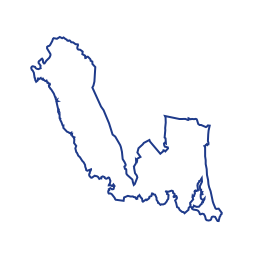 Western Area Urban, Western, Sierra Leone, rotated 187°
{"feature_id": "65957751B7442620669158", "entity_name": "Western Area Urban", "entity_type": "district", "adm_level": 2, "iso_a3": "SLE", "parent_name": "Sierra Leone", "parent_adm1": "Western", "projection": "equal_earth", "projection_center": [-13.216, 8.449], "detail": "fine", "context": "isolated", "style": "outline", "palette": "blue", "viewbox_px": 256, "rotation_deg": 187, "n_neighbors": 0, "source": "geoboundaries", "source_scale": "gbopen_adm2", "svg_char_len": 5649}
<svg xmlns="http://www.w3.org/2000/svg" viewBox="0 0 256 256"><g transform="rotate(187 128 128)"><path d="M222.3,177.4L222.0,176.7L224.1,175.5L226.0,175.7L227.0,176.3L227.7,177.3L230.0,177.7L231.0,177.1L231.4,175.8L230.6,174.1L229.6,173.4L228.2,171.4L226.8,166.4L226.3,166.1L225.9,164.3L224.8,162.7L223.6,163.9L223.4,165.5L222.9,165.1L222.3,165.6L222.4,166.1L221.8,166.0L220.7,167.0L220.4,166.5L219.0,166.0L218.8,166.1L219.0,166.5L218.6,166.6L218.5,165.8L218.0,165.9L217.8,165.5L217.5,165.6L215.7,164.5L214.7,164.6L214.5,164.9L213.5,163.1L212.9,163.3L212.6,162.8L211.1,162.5L210.8,161.8L211.0,161.1L211.7,160.7L211.4,159.3L210.3,158.3L210.0,157.7L209.0,157.0L205.8,153.1L203.9,149.4L203.4,149.4L203.3,148.0L202.8,147.2L202.5,146.9L202.1,147.2L202.4,146.3L201.1,146.0L202.1,145.6L202.2,145.3L200.1,139.4L199.0,137.9L199.2,137.6L199.0,137.2L199.6,137.6L199.3,135.4L198.4,134.3L198.3,133.7L197.6,133.5L197.1,129.6L196.5,129.5L196.1,129.9L196.4,129.0L196.4,128.1L194.8,125.7L193.2,122.6L192.8,122.2L192.4,122.4L192.2,120.3L188.1,116.9L186.2,116.4L185.6,115.9L184.7,115.8L183.8,116.4L183.8,115.3L183.3,115.3L183.3,114.9L182.8,115.2L182.8,114.3L182.1,113.0L180.5,111.9L180.3,112.3L180.0,112.2L180.4,111.2L179.9,110.2L179.7,106.5L177.2,103.9L177.8,101.4L176.4,97.8L175.5,97.0L174.0,94.5L172.1,93.1L169.4,89.8L167.8,88.5L166.1,86.1L165.7,84.3L164.7,82.4L164.4,81.2L163.2,80.6L159.7,82.5L159.6,82.1L160.5,79.7L160.4,78.7L160.9,77.5L160.8,76.5L160.3,75.6L158.8,74.3L157.9,74.2L155.2,76.6L153.9,76.3L153.2,76.4L151.8,75.8L150.3,74.0L148.9,74.9L148.4,74.8L148.4,76.1L147.1,76.9L145.3,76.4L144.8,75.5L143.7,75.0L143.0,75.1L141.4,76.5L140.6,76.3L139.0,73.3L139.2,70.9L140.1,69.1L140.1,68.7L138.1,69.1L137.6,68.6L136.5,68.5L135.6,70.2L134.3,68.8L134.7,68.4L134.7,66.8L135.0,65.6L136.3,65.2L138.2,66.1L139.6,64.9L139.1,64.0L139.8,63.3L139.9,62.3L139.5,61.1L139.0,60.6L137.4,60.9L136.0,60.3L132.7,57.0L132.3,56.1L131.5,55.3L123.5,55.2L123.4,58.6L119.9,60.6L116.9,60.3L114.8,60.7L114.1,60.2L112.5,60.2L111.4,58.8L110.7,58.6L110.2,58.9L110.6,59.6L109.3,62.0L108.8,62.4L108.3,62.0L108.2,62.4L106.6,60.4L105.5,59.7L104.7,57.0L104.2,56.7L101.4,59.2L100.6,58.7L98.6,60.6L98.3,61.1L98.5,61.7L98.3,62.4L96.5,63.3L96.3,63.8L96.4,65.0L96.1,66.0L95.1,65.8L94.5,65.2L93.0,65.1L91.2,62.2L90.9,60.2L89.4,58.5L89.1,57.4L88.6,56.8L89.0,57.8L86.4,55.7L85.5,56.3L83.9,56.4L82.2,57.3L80.7,59.7L80.1,61.5L79.5,62.3L79.4,63.1L79.6,65.2L79.5,65.7L79.7,66.6L80.0,67.0L81.1,67.1L81.4,68.5L82.6,69.6L82.5,69.8L80.3,69.6L77.1,71.1L75.9,70.9L75.4,69.9L75.4,69.1L73.8,68.3L73.6,67.1L73.9,65.9L74.3,65.8L74.4,65.3L74.0,65.0L72.9,65.5L72.6,66.6L71.8,66.4L71.0,65.1L71.0,63.9L72.4,61.9L71.1,59.5L69.6,55.4L68.1,55.0L66.9,53.2L66.0,52.5L64.0,51.3L62.6,51.3L61.5,50.3L58.0,54.2L58.1,55.9L57.1,57.4L56.6,57.4L56.8,57.6L56.5,58.2L56.6,59.5L56.9,59.7L57.2,61.2L54.6,65.1L55.2,66.5L55.1,67.2L55.6,67.3L55.6,68.3L55.2,67.8L54.1,68.6L54.1,70.2L53.6,70.9L53.7,71.6L54.0,71.7L53.8,71.7L53.9,72.7L54.2,73.0L54.0,73.8L53.5,74.1L53.3,73.8L52.2,73.8L51.9,74.4L51.0,74.5L51.0,75.3L52.1,79.4L52.1,79.9L51.8,80.2L52.0,81.2L50.9,83.0L50.8,84.1L49.6,84.5L49.4,85.7L48.7,87.2L48.0,83.7L49.6,78.9L48.8,75.4L47.9,75.6L47.6,73.2L46.7,73.4L46.9,72.9L46.5,72.5L47.4,71.9L47.4,71.4L46.8,71.1L47.7,70.8L47.6,69.1L47.1,67.1L46.3,66.3L45.0,65.9L44.1,66.4L43.5,67.3L43.5,66.5L44.4,64.5L44.5,63.6L45.1,63.8L45.4,63.3L45.7,61.4L46.3,61.1L48.0,58.5L50.4,58.1L53.1,58.9L53.1,58.2L54.4,56.9L55.3,57.1L54.5,55.6L53.2,55.0L49.8,54.9L48.3,54.4L47.0,53.0L46.2,51.3L45.6,51.1L43.8,52.0L42.3,51.8L40.8,49.9L39.6,46.8L38.6,46.1L36.6,46.0L34.9,46.7L34.4,47.5L34.1,49.5L33.8,50.0L32.7,50.5L30.7,50.4L28.2,47.0L27.7,46.6L26.7,46.7L26.2,50.9L25.8,51.4L25.3,53.4L24.6,54.0L24.6,55.2L28.2,59.0L30.5,58.4L31.4,58.9L33.9,63.3L34.9,65.4L38.3,75.3L40.2,79.0L41.3,82.0L42.2,86.2L43.9,91.1L44.9,96.8L46.5,101.7L47.0,105.6L48.0,109.3L49.1,118.2L49.9,119.3L49.2,119.5L48.8,120.6L48.4,120.8L47.9,121.5L47.2,120.8L46.8,121.4L46.2,121.6L46.3,123.0L47.1,124.8L47.6,131.5L47.7,135.3L47.2,140.3L49.0,140.3L50.1,138.8L50.8,138.4L55.8,139.9L57.3,139.7L58.8,140.6L60.4,144.2L61.0,145.1L61.9,145.3L63.6,144.8L65.6,144.8L66.9,144.3L69.1,145.0L69.0,143.4L69.6,143.3L72.1,144.0L78.0,143.2L92.8,144.4L92.0,143.1L91.2,137.9L91.1,132.5L90.7,130.3L90.5,123.0L89.5,122.3L88.5,117.3L89.7,117.9L90.4,117.0L90.0,115.4L89.2,114.0L86.1,113.6L85.8,112.6L88.1,109.3L89.0,110.0L90.1,110.2L90.3,109.1L92.8,106.4L104.5,117.2L105.3,118.7L110.5,115.1L111.4,113.5L115.1,109.2L115.7,104.8L112.1,100.8L115.5,98.3L114.9,96.7L115.0,96.0L116.1,97.2L115.7,95.0L116.1,93.2L117.4,90.6L117.2,90.4L117.1,89.1L115.5,84.0L113.5,81.9L112.7,80.1L114.4,73.3L115.3,72.2L116.5,74.7L117.4,77.4L122.9,81.2L124.0,82.4L124.7,86.6L125.2,87.1L126.0,87.1L126.8,88.9L126.9,89.3L125.9,90.4L125.9,91.5L127.4,93.9L129.5,96.5L131.1,103.6L132.7,108.1L133.7,110.1L139.6,117.9L142.5,119.6L147.4,130.4L154.4,142.7L157.4,146.0L168.3,163.8L167.5,165.8L167.0,170.0L167.9,184.5L171.1,187.2L171.5,189.6L173.3,190.2L173.5,191.2L173.9,191.8L176.4,193.8L177.3,193.8L178.4,192.3L178.9,192.2L179.5,194.6L182.3,195.7L182.3,198.3L184.9,199.8L186.9,199.8L187.7,200.4L188.1,201.2L188.1,202.3L187.7,204.2L188.0,204.9L190.3,204.8L192.9,206.3L194.8,206.2L196.2,207.6L197.1,207.8L197.9,207.2L198.9,207.4L199.7,208.3L200.9,208.7L203.0,210.0L204.3,209.1L206.8,210.0L209.4,207.9L212.7,208.1L213.3,207.4L213.8,205.0L215.3,201.2L216.0,200.1L217.6,199.3L218.2,198.6L218.0,197.1L214.1,192.1L213.8,191.1L214.1,189.5L214.6,188.2L217.3,184.8L218.7,182.0L219.2,181.8L220.2,182.7L220.9,185.5L221.7,186.4L222.3,186.1L222.7,185.3L224.5,183.5L224.8,182.8L224.7,181.7L222.4,179.3L222.3,177.4Z" fill="none" stroke="#1e3a8a" stroke-width="2"/></g></svg>